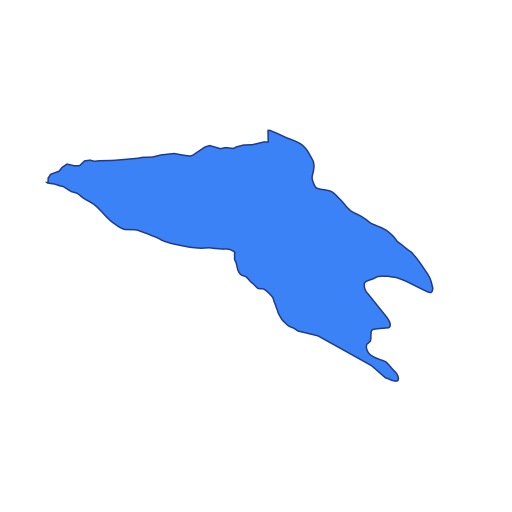 outline of Chalon, Anse-la-Raye, Saint Lucia, rotated 326°
{"feature_id": "8701671B73025224751915", "entity_name": "Chalon", "entity_type": "district", "adm_level": 2, "iso_a3": "LCA", "parent_name": "Saint Lucia", "parent_adm1": "Anse-la-Raye", "projection": "equal_earth", "projection_center": [-61.044, 13.92], "detail": "fine", "context": "isolated", "style": "filled", "palette": "blue", "viewbox_px": 512, "rotation_deg": 326, "n_neighbors": 0, "source": "geoboundaries", "source_scale": "gbopen_adm2", "svg_char_len": 4500}
<svg xmlns="http://www.w3.org/2000/svg" viewBox="0 0 512 512"><g transform="rotate(326 256 256)"><path d="M123.8,78.2L124.0,78.9L129.5,84.0L132.7,88.2L135.1,90.7L137.4,96.0L138.9,99.3L140.9,101.7L141.7,102.6L142.8,104.0L144.0,107.3L144.6,109.7L145.8,112.8L146.9,115.0L148.1,117.3L149.3,119.8L150.6,122.7L151.7,127.0L152.2,129.5L153.0,134.0L153.7,138.7L154.3,142.1L155.1,145.4L156.0,148.4L156.8,150.3L157.9,153.4L159.2,156.3L161.0,159.4L162.4,160.9L166.0,163.5L168.5,165.2L170.5,166.7L172.0,168.1L174.0,170.8L176.4,174.1L178.4,176.8L180.8,180.5L183.2,183.9L185.2,187.1L186.7,190.2L188.6,193.0L190.2,195.0L192.9,198.4L200.2,205.9L206.1,211.8L211.8,216.5L215.2,219.1L216.8,220.0L221.5,222.8L223.1,224.1L225.8,226.5L227.1,227.5L232.6,231.9L235.0,233.3L237.2,235.1L238.6,236.9L239.8,239.1L240.5,241.3L238.9,242.8L238.0,244.5L237.3,245.4L236.7,246.1L236.1,247.9L235.9,249.5L235.5,251.2L234.6,253.5L233.9,255.4L233.3,257.0L232.8,259.3L232.7,260.5L232.9,262.5L233.4,263.9L234.8,265.7L236.0,267.4L236.4,269.1L236.8,271.4L237.0,273.4L237.5,275.6L238.3,278.0L238.7,280.6L239.1,282.7L239.5,283.9L239.9,284.4L240.9,285.3L242.9,286.7L244.0,287.8L244.5,289.0L245.3,291.5L245.9,293.9L246.2,296.0L246.5,297.4L246.7,299.5L246.3,301.6L245.6,303.5L244.9,306.8L244.0,310.2L243.5,312.6L242.7,315.1L242.3,317.4L242.1,320.4L241.9,323.1L242.2,325.4L242.8,327.8L243.2,329.6L243.6,331.2L244.1,332.6L245.4,334.8L246.7,336.5L247.6,338.4L248.8,341.6L262.7,356.8L290.5,411.6L295.2,429.4L296.7,431.3L297.7,432.8L298.5,434.2L299.3,435.3L300.3,436.3L301.4,437.5L302.4,438.2L303.5,438.6L304.5,438.3L305.5,437.3L305.7,436.9L306.1,436.0L306.4,435.2L306.7,433.4L306.8,431.9L306.7,430.0L306.3,428.6L306.0,426.7L305.7,424.7L305.5,422.8L305.3,420.7L305.0,419.1L304.7,417.5L304.4,416.2L303.4,414.7L302.5,413.3L301.4,412.0L300.5,410.6L299.5,409.2L298.4,407.6L297.4,405.9L296.6,404.4L295.9,402.9L295.3,401.2L295.1,399.0L295.2,397.2L295.6,395.5L296.3,393.6L297.4,392.1L298.6,391.1L300.6,391.0L301.6,390.7L303.0,390.6L304.0,389.8L305.2,388.5L306.4,386.7L307.2,385.7L308.7,383.7L309.4,383.0L310.5,382.3L311.7,382.3L313.0,382.7L314.5,383.5L316.0,384.2L319.1,385.9L322.0,387.6L323.9,388.5L325.4,389.5L326.6,389.7L327.7,389.3L328.4,388.6L329.1,387.6L329.5,386.8L329.9,385.3L330.1,383.2L330.2,381.1L330.1,379.0L327.7,350.2L327.5,348.6L327.4,346.7L327.7,345.2L327.9,344.0L328.4,342.7L329.0,341.4L330.4,339.4L331.5,338.9L333.1,338.6L337.9,339.7L340.1,340.4L345.1,341.0L346.8,341.9L348.5,342.7L354.3,346.8L357.4,349.8L359.7,351.7L361.6,354.1L363.6,356.8L366.5,361.2L368.8,365.2L371.4,369.9L374.7,375.7L377.9,381.2L379.3,383.1L380.6,384.1L382.0,383.9L382.6,383.5L383.6,382.7L384.5,381.6L385.1,380.2L385.8,378.2L386.4,376.6L387.1,374.4L387.6,372.5L387.9,370.6L388.1,368.4L388.2,366.5L388.2,364.7L388.2,363.5L388.2,362.5L388.2,360.8L388.2,358.7L388.2,357.0L388.2,355.4L388.1,353.9L388.1,351.7L388.0,349.9L387.9,348.1L387.8,346.9L387.7,345.7L387.4,343.8L387.1,340.3L386.6,338.8L385.8,337.0L384.3,332.3L382.9,327.6L382.5,326.4L381.6,324.0L381.1,322.0L381.2,320.1L381.0,318.1L380.7,315.7L380.4,314.4L380.0,312.7L379.5,311.1L379.1,309.5L378.3,307.4L377.8,306.3L376.7,304.3L375.4,301.9L373.9,299.9L371.6,296.3L370.5,294.7L369.5,293.0L369.0,291.6L368.4,289.8L367.8,287.7L367.2,286.2L366.5,284.6L365.6,282.4L364.5,280.2L363.4,278.3L362.6,276.8L361.7,275.5L360.9,273.9L359.9,271.9L359.5,270.4L359.0,268.1L358.5,265.4L358.2,261.8L357.6,257.1L357.0,254.2L356.6,251.8L356.3,250.1L355.6,247.2L355.0,245.7L354.1,244.0L353.3,243.0L352.0,241.6L350.6,240.2L349.4,239.0L347.6,237.5L346.1,235.9L344.6,234.2L344.0,232.8L343.9,231.9L344.0,230.2L344.3,228.2L344.5,227.4L344.9,225.9L345.3,224.5L346.2,222.6L347.3,221.2L348.6,220.0L351.1,217.7L353.0,215.5L354.0,214.4L355.3,212.2L356.4,209.6L356.7,207.4L357.0,203.9L357.3,200.2L357.4,198.5L357.4,195.7L357.2,194.2L357.0,192.8L356.4,189.9L355.4,187.4L354.1,185.0L352.7,182.7L350.8,179.8L349.1,177.4L347.0,174.4L345.2,171.3L343.9,169.2L342.3,166.5L340.4,163.6L339.6,162.5L337.9,159.7L336.2,158.6L329.8,168.4L326.6,166.0L315.2,161.7L307.8,157.1L300.9,154.6L297.4,154.2L291.5,149.2L286.5,147.1L279.3,138.5L274.5,137.1L272.1,137.1L262.3,137.1L259.8,137.1L257.2,136.3L251.3,131.0L245.5,125.3L234.0,119.2L225.3,116.0L216.8,110.6L213.3,109.2L202.9,103.5L191.2,97.0L179.5,89.5L174.8,87.0L172.1,83.8L167.7,81.6L167.0,81.3L160.7,82.4L160.1,82.4L155.7,79.5L150.7,74.1L148.2,74.1L147.2,74.1L144.7,74.1L141.4,75.2L140.5,75.6L137.0,74.8L131.4,73.4L127.3,75.2L124.6,78.8L123.8,78.2Z" fill="#3b82f6" stroke="#1e3a8a" stroke-width="1.5"/></g></svg>